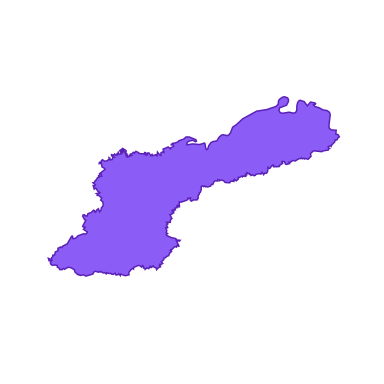 Santa María, Herrera, Panama, rotated 342°
{"feature_id": "35544464B33325407624230", "entity_name": "Santa María", "entity_type": "district", "adm_level": 2, "iso_a3": "PAN", "parent_name": "Panama", "parent_adm1": "Herrera", "projection": "orthographic", "projection_center": [-80.702, 8.094], "detail": "fine", "context": "isolated", "style": "filled", "palette": "violet", "viewbox_px": 384, "rotation_deg": 342, "n_neighbors": 0, "source": "geoboundaries", "source_scale": "gbopen_adm2", "svg_char_len": 6079}
<svg xmlns="http://www.w3.org/2000/svg" viewBox="0 0 384 384"><g transform="rotate(342 192 192)"><path d="M195.3,139.2L194.6,139.9L190.4,140.2L188.8,139.7L187.0,140.3L186.8,140.7L188.7,141.4L188.6,142.9L185.5,143.4L184.9,144.3L183.3,141.8L177.7,142.3L177.5,145.6L176.5,144.8L174.7,145.0L173.7,147.6L172.9,147.1L171.5,143.4L169.9,146.8L169.0,145.3L165.8,145.3L165.6,143.9L164.1,144.9L163.1,141.5L161.6,141.2L160.8,142.9L159.5,142.7L159.2,142.2L160.1,140.8L159.8,140.1L159.1,139.8L158.6,141.1L154.8,139.6L153.5,138.8L153.3,138.0L151.2,136.0L149.3,137.3L149.1,136.4L148.4,136.1L146.7,137.1L145.0,136.9L144.4,137.6L145.7,138.5L141.6,138.9L142.3,137.2L141.5,136.5L140.5,137.3L140.6,136.2L141.7,135.4L140.7,134.7L139.8,132.6L141.4,133.8L142.1,132.4L141.1,130.9L139.4,130.7L140.1,129.6L139.3,129.1L138.1,130.9L137.4,130.8L137.7,129.8L136.2,130.2L136.2,131.3L137.2,132.1L138.3,131.2L139.3,131.6L137.1,133.7L136.5,132.5L136.0,133.7L134.3,133.7L134.1,131.5L132.0,133.7L131.8,132.7L130.2,133.0L130.0,132.0L128.6,132.7L127.0,131.6L126.7,132.7L128.7,134.9L127.3,134.8L126.0,136.5L124.1,136.2L124.4,134.5L123.7,133.7L123.4,135.6L122.3,135.4L121.4,136.0L118.7,135.9L116.7,133.6L115.3,134.4L115.1,135.6L113.1,135.2L112.5,136.3L114.5,136.5L114.2,140.5L116.2,142.6L116.1,143.7L109.6,146.1L109.5,146.7L111.1,146.2L111.0,149.1L108.3,147.8L108.3,149.3L106.8,149.0L104.6,151.0L103.5,151.2L102.4,152.7L100.7,152.6L102.3,155.4L101.2,156.0L100.0,155.4L99.9,159.1L101.1,158.5L101.8,158.9L102.8,162.5L104.3,164.0L104.0,164.5L100.8,164.0L101.5,164.8L100.8,165.9L102.1,166.3L104.3,169.8L102.6,171.5L104.1,173.7L103.8,176.3L102.7,178.1L100.9,179.0L99.9,181.1L98.0,182.3L97.8,179.0L95.7,179.7L94.1,181.5L93.4,181.0L93.4,179.4L92.6,178.9L89.8,180.4L86.4,180.4L84.7,182.5L83.1,181.5L82.7,180.4L81.3,180.2L80.6,181.2L81.2,184.8L82.2,186.1L77.4,190.8L77.7,191.7L79.5,192.3L79.3,193.0L77.2,194.0L80.0,197.5L79.7,198.3L77.7,199.2L75.9,198.2L70.1,198.4L66.9,200.0L64.4,199.6L64.7,197.0L63.8,196.9L57.4,202.7L52.1,203.6L51.2,204.6L50.1,203.7L47.1,204.1L46.4,206.5L43.6,206.7L41.8,209.5L40.1,209.1L39.6,210.6L38.2,211.1L37.4,212.8L34.9,210.7L34.8,213.3L37.4,213.9L35.4,215.6L35.4,217.0L36.4,218.5L39.5,219.2L41.1,220.3L40.7,221.9L42.1,223.3L42.2,224.9L44.5,225.7L44.9,225.2L46.3,225.2L46.8,226.1L50.8,225.3L53.4,226.5L56.1,229.6L56.0,232.1L57.9,235.3L58.7,235.3L58.7,235.9L60.5,237.0L63.2,237.2L65.1,239.2L72.4,239.4L73.7,237.9L75.7,237.5L78.0,239.3L79.0,238.9L79.9,239.8L80.8,239.5L82.4,241.5L83.8,241.6L84.7,242.8L85.5,242.5L85.4,243.3L86.6,242.9L87.9,243.9L89.3,244.0L90.1,245.3L91.6,246.0L93.8,245.5L94.1,247.5L96.1,247.8L97.1,247.1L98.0,249.3L98.7,248.0L102.6,251.0L106.5,251.3L107.1,248.9L110.0,247.0L111.9,246.3L112.6,247.2L113.1,246.0L114.0,245.6L118.4,245.2L120.2,246.6L120.7,247.8L122.4,246.7L122.8,248.1L122.3,249.1L123.5,250.1L123.5,251.1L125.4,250.3L127.3,251.5L129.2,249.7L129.6,251.1L130.4,251.3L131.3,250.3L132.4,250.3L132.7,251.8L134.6,253.3L134.3,254.9L136.7,253.6L139.0,253.4L139.1,252.6L138.3,251.9L138.9,250.8L140.2,251.3L142.1,250.9L141.2,248.9L144.2,247.7L144.8,246.1L146.6,246.3L147.8,245.5L150.2,245.3L151.6,243.4L154.2,242.3L154.2,241.5L153.3,241.0L153.9,240.3L155.5,240.3L158.1,238.9L159.5,238.9L160.2,239.6L161.4,238.2L162.4,239.5L162.9,239.4L162.2,234.3L162.8,234.0L165.1,234.8L165.8,234.3L161.9,232.5L162.4,231.8L161.8,231.0L158.4,229.1L154.4,225.4L154.4,224.4L155.9,224.0L154.9,222.6L156.1,221.0L156.0,217.9L157.5,218.5L158.0,218.2L157.4,215.8L159.2,214.9L158.5,213.0L162.0,214.1L163.1,211.5L164.7,211.1L164.0,206.7L166.1,206.9L166.8,205.8L168.0,206.3L168.8,204.5L167.3,204.0L167.4,203.3L169.6,203.2L170.6,203.8L170.7,202.1L173.0,202.3L173.2,200.7L174.4,200.2L174.6,202.0L175.5,202.2L176.8,197.4L178.5,198.3L184.3,198.2L185.8,197.8L186.4,196.5L187.2,197.2L188.7,197.2L187.8,199.1L188.5,200.5L191.1,200.0L194.3,201.1L196.0,199.8L196.5,197.6L198.2,196.3L198.4,195.3L199.8,194.9L201.4,192.8L202.5,189.6L204.1,189.4L204.7,190.6L206.1,190.2L206.8,191.5L207.7,191.4L208.5,192.1L211.5,192.1L213.0,190.7L214.1,191.3L216.4,188.8L217.6,188.5L219.9,189.6L220.4,188.2L221.7,188.9L221.8,189.8L223.6,189.6L225.6,191.1L226.5,193.2L230.7,194.9L232.4,193.7L234.9,194.8L234.8,193.9L236.0,193.0L236.1,194.1L237.0,194.0L237.6,195.1L240.0,194.0L240.5,192.4L241.3,192.9L243.8,192.3L244.5,193.1L244.8,192.5L247.6,193.6L247.3,192.8L249.1,192.7L248.7,191.6L250.5,191.7L250.5,190.9L251.4,192.1L252.4,192.1L252.3,193.2L253.3,193.7L253.2,194.5L255.0,194.4L256.0,195.7L257.4,195.7L258.5,194.9L261.8,195.4L263.0,196.3L264.6,194.9L265.5,197.7L266.8,196.5L268.5,197.2L270.0,196.2L272.0,192.1L272.7,193.5L273.3,193.6L276.9,191.2L277.7,191.8L277.2,192.3L277.7,193.5L279.6,193.5L279.9,194.1L283.0,194.7L283.6,193.7L287.0,192.8L286.8,191.2L287.4,190.7L289.4,192.0L289.5,194.3L290.6,195.0L293.5,195.1L293.5,193.7L294.5,194.2L297.5,193.1L299.7,194.4L303.9,193.4L305.7,193.8L306.2,193.3L307.3,194.6L308.8,194.5L309.3,195.4L310.4,195.2L312.5,196.8L316.2,194.9L316.6,192.0L320.4,190.4L328.0,193.8L329.1,193.4L334.7,194.2L335.4,193.2L336.3,193.0L335.4,192.0L335.5,190.9L338.1,190.8L338.4,191.6L339.2,190.6L343.2,188.5L344.4,186.6L345.2,187.2L346.4,187.0L347.4,185.7L349.2,185.1L348.6,182.5L346.6,181.5L348.2,177.8L343.7,176.0L342.2,173.8L342.9,170.8L347.3,161.3L347.4,158.8L345.9,156.5L341.8,154.3L339.0,151.2L335.4,148.8L334.4,146.7L336.5,146.6L336.9,146.0L336.4,145.3L332.5,143.1L328.3,145.6L326.6,140.6L323.0,138.1L321.2,138.6L319.9,139.9L318.4,142.4L316.9,146.6L315.0,148.5L312.7,148.3L309.0,146.1L302.6,145.1L300.4,143.9L299.9,141.3L301.3,139.0L308.7,138.7L311.7,135.7L312.3,133.9L312.0,132.0L309.4,130.0L307.3,129.8L303.8,130.9L302.4,132.2L301.0,135.3L298.2,136.6L288.4,136.7L278.5,135.1L263.0,138.0L254.9,141.7L250.7,142.9L247.0,147.5L244.6,149.1L243.1,149.3L239.1,147.1L237.3,147.1L234.5,148.4L231.4,151.1L227.7,150.5L225.1,150.9L222.3,153.1L220.3,155.8L219.1,156.3L218.5,155.1L219.3,150.2L219.0,149.3L213.9,149.2L207.3,146.4L201.8,145.6L202.6,143.4L204.7,142.7L208.8,143.1L210.8,145.3L211.9,145.2L211.9,143.5L206.5,138.9L203.4,137.8L200.6,139.1L195.3,139.2Z" fill="#8b5cf6" stroke="#5b21b6" stroke-width="1.5"/></g></svg>